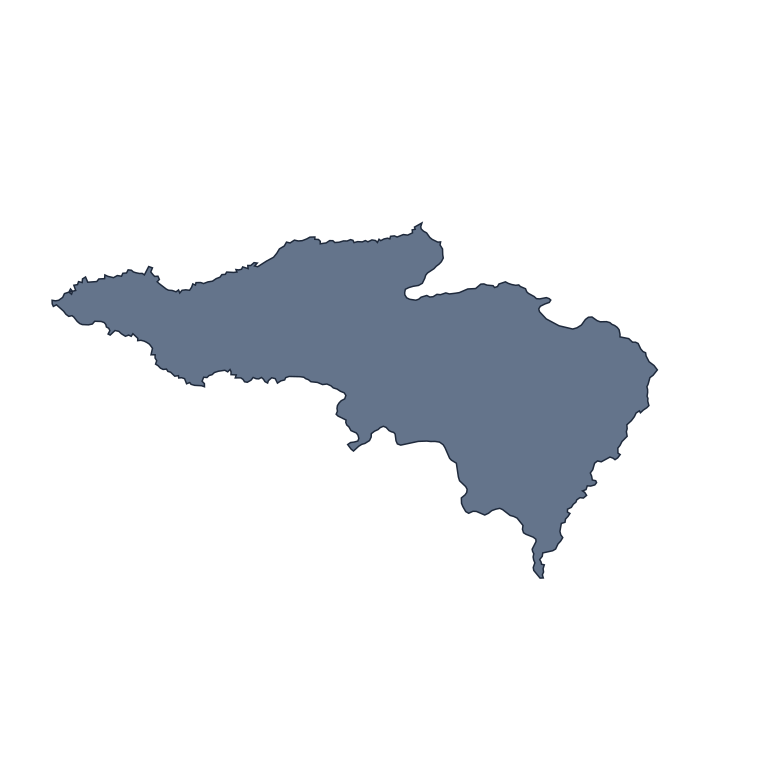 the district of Carmo do Paranaíba, Minas Gerais, Brazil, rotated 238°
{"feature_id": "56859067B90709796561443", "entity_name": "Carmo do Paranaíba", "entity_type": "district", "adm_level": 2, "iso_a3": "BRA", "parent_name": "Brazil", "parent_adm1": "Minas Gerais", "projection": "equal_earth", "projection_center": [-46.167, -18.877], "detail": "fine", "context": "isolated", "style": "filled", "palette": "slate", "viewbox_px": 768, "rotation_deg": 238, "n_neighbors": 0, "source": "geoboundaries", "source_scale": "gbopen_adm2", "svg_char_len": 6172}
<svg xmlns="http://www.w3.org/2000/svg" viewBox="0 0 768 768"><g transform="rotate(238 384 384)"><path d="M500.5,501.5L500.9,493.0L498.7,492.4L499.8,489.6L497.1,488.3L497.7,483.0L500.5,479.6L501.7,473.0L504.1,471.3L505.8,467.8L504.0,465.9L505.8,464.2L507.0,460.9L507.3,457.2L509.4,456.5L507.5,453.4L510.1,452.9L512.6,450.1L513.1,445.7L515.5,444.2L516.0,440.9L518.7,437.1L519.8,433.5L522.3,433.8L524.2,432.1L524.8,428.5L526.8,425.5L528.0,421.1L530.1,417.2L532.6,416.6L534.4,413.9L534.3,409.7L536.7,404.2L538.8,405.6L541.3,405.0L543.4,402.0L545.3,403.3L547.8,399.0L548.0,395.3L548.9,390.6L550.7,387.1L553.5,384.3L553.4,379.1L556.0,376.5L553.9,372.6L554.0,366.9L551.7,362.4L550.0,357.5L550.5,349.7L550.4,339.0L552.7,336.8L553.7,340.6L555.8,338.1L555.1,333.8L556.7,331.3L553.9,329.9L558.2,326.2L556.8,324.0L557.7,321.3L559.5,319.1L556.9,318.6L558.3,315.6L562.3,309.9L561.1,307.5L562.7,304.5L561.5,301.5L562.3,297.5L562.1,293.0L563.9,288.8L564.8,284.2L567.2,282.3L569.6,278.3L567.8,276.5L570.2,274.9L568.0,272.1L566.5,268.8L568.9,265.8L570.5,262.4L569.4,259.0L572.6,259.6L572.4,256.5L575.6,253.9L577.7,251.0L579.8,249.7L588.4,246.5L590.9,245.8L591.7,248.9L595.2,249.4L596.8,246.5L599.2,246.0L602.6,245.6L605.2,249.2L608.3,246.7L603.5,238.6L605.9,237.6L607.3,235.2L609.8,232.6L611.9,230.8L614.3,230.1L616.4,227.5L614.6,224.5L616.3,221.2L614.5,218.5L617.3,215.3L617.5,211.0L621.7,206.8L624.4,205.1L621.4,202.9L624.2,197.8L623.1,194.7L627.3,186.7L632.9,187.6L632.9,184.0L630.0,181.8L632.7,179.2L630.7,176.8L632.1,173.3L626.7,172.1L627.7,169.0L625.7,166.6L628.9,165.5L630.0,160.9L627.7,157.4L627.4,152.5L628.6,149.5L630.9,146.9L627.8,145.1L625.0,144.7L624.7,148.2L615.5,150.9L611.7,151.2L608.4,152.5L607.3,155.6L605.2,156.4L599.6,157.0L596.5,158.0L594.3,159.6L590.8,164.7L589.4,168.5L590.5,171.9L586.9,177.3L584.3,179.3L581.9,179.6L579.5,178.8L577.1,180.1L574.5,179.8L572.6,176.5L570.6,177.7L571.9,184.2L569.2,187.0L565.8,187.9L561.5,190.0L560.8,193.4L558.4,194.9L559.7,197.7L553.2,199.4L551.3,198.1L549.9,201.0L547.5,203.3L544.9,204.9L542.0,206.2L537.0,206.6L532.2,201.9L530.1,205.4L527.3,203.6L524.2,203.6L521.9,200.8L519.3,202.1L515.9,202.8L513.4,204.4L511.9,207.4L509.2,207.4L507.1,209.3L501.5,210.7L500.0,214.1L497.9,213.1L496.6,215.7L494.2,217.7L488.8,216.7L488.2,220.0L486.0,220.2L483.2,222.7L479.2,228.4L476.8,230.3L479.5,231.9L482.7,231.2L485.3,234.6L483.3,237.3L483.9,240.2L483.0,243.1L483.6,246.3L482.6,250.3L480.0,256.3L477.1,257.9L477.9,261.1L475.4,260.8L473.0,259.2L470.0,263.5L468.0,261.1L465.1,265.8L462.6,266.9L459.8,266.9L457.9,269.0L457.7,273.2L458.9,276.5L456.3,278.3L454.7,280.5L454.5,283.5L452.0,284.3L449.1,284.3L446.5,285.8L448.1,287.7L448.8,292.1L446.2,294.6L441.2,294.1L441.3,298.2L440.1,301.9L441.5,304.0L440.7,307.5L434.6,316.8L432.2,319.6L430.0,320.4L427.7,322.2L424.7,323.2L420.6,328.4L416.1,331.6L414.2,335.6L410.5,338.1L407.6,338.9L404.6,341.5L400.9,343.2L397.6,345.6L394.5,345.6L392.2,342.8L392.5,338.9L391.8,336.0L390.4,333.1L388.2,331.2L385.6,330.1L383.7,327.4L381.2,328.0L373.6,332.7L371.6,331.2L369.0,330.7L366.2,331.5L362.0,331.3L357.1,334.6L354.3,334.8L351.2,333.8L349.5,331.6L350.6,327.9L352.1,324.6L351.9,321.1L346.1,321.6L343.3,322.6L344.6,329.5L344.6,333.2L343.7,336.3L343.7,341.7L345.8,345.0L348.6,346.9L349.0,350.9L348.5,354.8L349.0,357.7L348.5,361.0L346.1,362.8L341.8,363.6L339.6,364.9L337.8,366.6L335.6,366.9L329.5,364.1L326.1,363.6L323.3,365.8L317.2,382.6L312.9,390.1L310.5,393.1L308.3,396.8L305.3,400.3L301.2,402.0L297.8,402.0L286.3,400.3L283.7,400.8L278.5,403.4L265.7,397.8L261.9,396.8L253.7,398.9L250.7,398.7L248.2,396.7L247.0,393.9L246.4,389.2L241.7,386.5L238.2,385.9L232.5,385.7L229.5,387.3L228.9,392.0L227.0,394.8L219.5,400.0L219.0,404.2L219.5,408.3L218.6,412.5L217.2,416.3L214.7,418.0L205.7,421.3L203.0,423.8L199.8,425.8L190.4,426.9L187.4,424.4L183.9,423.5L181.4,424.7L175.0,429.4L171.9,430.5L169.8,429.4L165.4,422.1L163.3,421.3L160.7,421.1L158.3,418.8L155.5,417.7L152.4,417.2L149.3,413.3L146.5,412.2L136.7,413.5L135.1,416.3L138.3,417.2L140.0,419.7L143.0,421.0L145.7,424.1L147.7,422.1L149.9,422.9L152.6,423.0L154.0,426.9L156.6,429.1L153.2,438.7L153.1,442.1L156.1,446.7L157.2,450.6L159.0,454.2L162.4,454.0L165.8,455.1L171.8,460.5L170.8,464.2L173.3,466.4L174.2,469.9L175.7,473.1L178.2,471.7L180.6,473.3L180.1,477.5L181.7,480.8L182.1,484.1L183.6,486.1L183.8,489.9L181.6,492.7L182.2,496.8L185.8,496.8L188.1,495.7L187.4,499.4L189.9,502.4L187.9,505.2L186.7,509.3L187.7,512.0L189.8,512.3L192.2,509.8L196.0,511.3L199.2,511.8L200.7,515.6L205.2,520.6L205.6,524.3L202.9,527.0L202.3,536.9L199.8,538.9L197.4,539.8L197.5,543.0L199.0,546.9L201.4,545.8L205.7,548.3L206.9,551.7L209.1,555.3L210.8,562.5L215.2,564.3L217.2,566.5L220.7,568.3L221.8,574.3L223.6,579.0L225.8,582.4L225.9,586.3L223.7,586.2L224.5,590.2L224.6,594.3L225.3,597.2L229.8,598.6L231.9,600.2L234.2,600.6L237.1,603.1L239.8,604.7L242.4,605.5L243.8,607.8L248.5,612.9L248.8,616.8L251.1,623.3L256.6,622.8L262.4,620.6L268.8,621.1L271.9,622.4L274.3,620.8L277.7,620.3L283.7,621.0L286.1,619.5L287.8,616.9L292.8,615.6L298.9,609.1L301.1,610.5L305.4,612.1L308.4,611.8L311.4,610.6L313.8,608.9L316.4,608.1L319.0,605.7L322.2,600.3L324.8,598.3L330.6,595.9L332.3,592.7L332.0,589.0L329.4,582.7L329.4,577.4L330.6,573.2L340.6,563.3L353.2,556.1L362.9,554.2L365.7,555.0L367.1,557.8L366.6,562.8L365.6,567.4L366.8,569.9L368.9,569.3L371.2,567.5L373.7,561.1L375.6,558.5L378.6,557.7L384.3,554.5L386.6,553.9L389.8,554.5L394.4,551.3L396.6,550.8L397.9,548.0L400.7,545.0L403.5,542.7L406.3,541.1L407.9,534.4L406.5,531.9L407.2,528.9L409.6,528.6L413.3,523.7L415.9,521.8L417.4,519.0L416.4,512.3L420.2,505.4L421.6,496.3L423.0,493.0L425.7,487.2L428.5,484.7L429.8,479.2L432.0,476.4L432.0,471.9L433.5,468.9L436.4,467.2L438.0,461.4L437.5,458.4L438.2,455.4L442.3,450.6L445.1,448.9L448.5,448.9L450.6,450.0L453.0,452.3L452.6,456.2L451.4,460.5L449.3,465.5L449.1,469.9L452.1,474.7L454.1,476.9L455.1,479.7L455.3,487.5L456.2,490.8L456.5,494.3L457.3,497.4L459.4,501.0L462.5,502.3L467.5,505.2L472.2,505.2L474.5,507.3L475.8,504.8L481.1,501.5L484.0,500.5L489.6,500.2L492.6,498.5L495.8,497.7L497.9,498.5L500.5,501.5ZM627.7,169.0L630.7,168.5L628.9,165.5L627.7,169.0Z" fill="#64748b" stroke="#1e293b" stroke-width="1.5"/></g></svg>